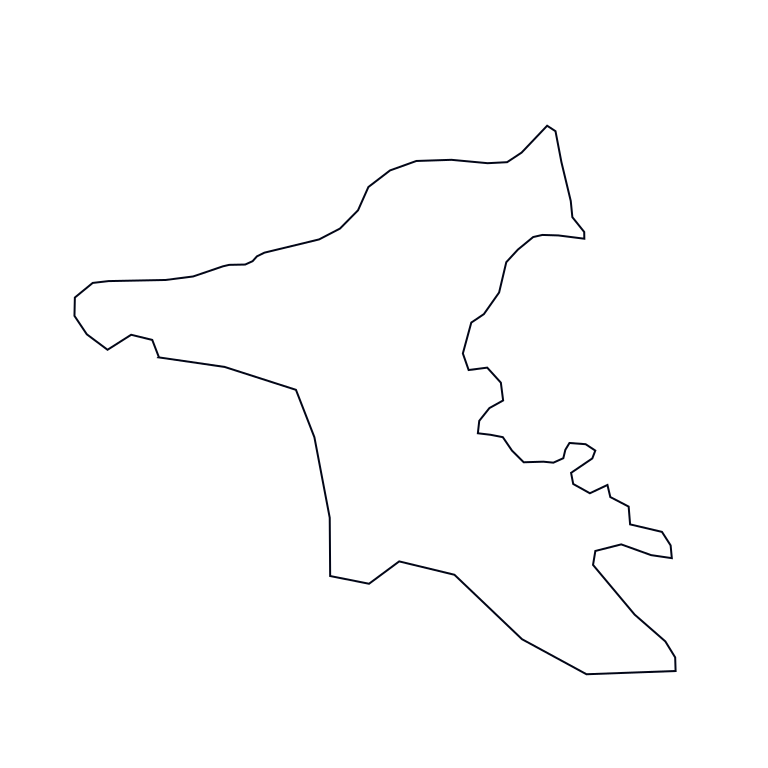 map outline of Rasŏn (orthographic projection), rotated 275°
{"feature_id": "PRK-5495", "entity_name": "Rasŏn", "entity_type": "Province", "adm_level": 1, "iso_a3": "PRK", "parent_name": "North Korea", "parent_adm1": "", "projection": "orthographic", "projection_center": [130.457, 42.392], "detail": "fine", "context": "isolated", "style": "outline", "palette": "ink", "viewbox_px": 768, "rotation_deg": 275, "n_neighbors": 0, "source": "natural_earth", "source_scale": "10m", "svg_char_len": 1265}
<svg xmlns="http://www.w3.org/2000/svg" viewBox="0 0 768 768"><g transform="rotate(275 384 384)"><path d="M443.2,68.5L459.3,85.0L462.5,100.6L468.6,157.4L474.5,184.5L487.2,213.3L489.2,219.4L490.9,235.3L494.9,242.4L500.1,246.3L504.4,253.4L522.4,306.8L535.0,326.6L554.8,343.0L578.9,351.3L597.3,371.4L609.0,396.8L613.2,431.6L613.0,468.0L615.7,487.3L626.5,500.9L655.5,524.0L650.8,532.8L620.5,541.4L582.6,554.1L566.6,557.1L552.9,570.2L546.2,570.9L547.2,544.7L546.3,528.8L543.4,519.8L529.6,505.7L516.0,495.2L485.2,490.7L462.3,477.4L452.8,465.6L421.3,459.9L405.3,467.1L409.3,485.4L395.5,500.3L378.0,504.1L369.2,491.1L355.6,482.1L343.1,481.8L342.7,494.5L341.4,507.0L328.8,517.3L318.2,530.0L320.5,549.5L320.4,559.6L325.7,569.1L334.3,570.4L341.4,573.9L341.6,590.1L336.1,600.3L328.0,598.0L311.8,578.1L300.9,581.2L293.1,598.6L302.9,615.4L291.1,619.3L283.2,638.4L265.6,641.4L260.9,673.8L248.2,683.6L235.6,685.9L236.8,665.0L244.9,634.3L236.1,609.1L222.0,608.0L176.1,653.8L152.1,686.7L137.0,697.9L123.5,699.5L112.5,611.0L141.8,543.7L200.1,470.8L208.6,414.6L183.7,386.5L188.0,347.1L246.0,341.6L324.9,319.3L370.5,296.8L387.1,223.8L390.9,157.0L391.3,157.3L407.7,149.3L411.0,127.8L394.0,105.6L407.6,83.6L424.9,69.7L443.2,68.5Z" fill="none" stroke="#020617" stroke-width="2"/></g></svg>